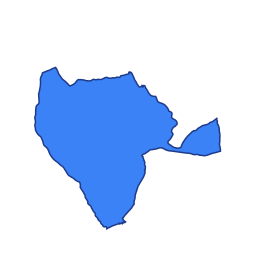 outline of Muheza, Tanga, United Republic of Tanzania, rotated 336°
{"feature_id": "72390352B38576032693201", "entity_name": "Muheza", "entity_type": "district", "adm_level": 2, "iso_a3": "TZA", "parent_name": "United Republic of Tanzania", "parent_adm1": "Tanga", "projection": "albers", "projection_center": [38.789, -5.179], "detail": "fine", "context": "isolated", "style": "filled", "palette": "blue", "viewbox_px": 256, "rotation_deg": 336, "n_neighbors": 0, "source": "geoboundaries", "source_scale": "gbopen_adm2", "svg_char_len": 5734}
<svg xmlns="http://www.w3.org/2000/svg" viewBox="0 0 256 256"><g transform="rotate(336 128 128)"><path d="M87.0,213.0L87.6,212.8L87.0,211.6L86.5,211.4L86.3,209.1L86.2,208.8L86.2,208.2L86.4,208.0L87.1,208.0L89.8,206.4L91.2,205.9L95.0,204.1L96.0,203.8L97.7,202.9L98.3,202.8L99.2,202.2L101.0,200.9L102.6,200.1L103.2,198.6L103.5,198.0L104.3,196.8L105.5,195.4L106.0,194.7L106.4,193.8L107.2,192.5L108.8,190.5L109.5,189.7L110.1,189.3L110.5,188.5L111.3,187.8L113.6,185.1L114.9,184.3L117.7,182.2L119.3,181.2L119.8,180.7L120.4,180.4L122.4,178.9L123.7,177.5L125.0,176.3L125.6,175.4L125.6,174.4L126.5,173.6L126.6,173.3L126.4,172.8L127.2,172.3L127.4,171.9L128.2,170.4L128.2,170.0L128.3,168.0L129.4,166.3L129.3,164.8L129.5,164.4L129.5,164.2L129.3,163.6L129.6,163.0L129.6,162.5L129.8,161.7L129.6,160.9L130.0,160.1L129.4,159.0L129.6,158.8L130.6,158.3L131.4,158.1L132.4,158.3L133.6,158.3L134.9,157.9L136.6,157.7L138.7,157.1L139.7,157.0L141.4,157.6L144.6,158.4L146.1,158.7L148.0,158.8L149.2,159.1L151.0,160.0L154.2,163.9L155.9,165.3L157.2,166.1L158.2,166.6L170.7,174.4L172.3,175.2L173.5,175.9L175.4,177.2L176.2,178.2L178.0,179.5L180.4,180.2L182.4,182.0L183.8,182.7L184.3,183.1L186.3,184.2L186.8,184.6L190.0,185.1L195.5,185.5L197.4,186.0L201.9,186.6L203.0,186.8L203.3,186.1L203.6,185.4L204.1,183.6L204.4,182.7L204.4,182.1L204.9,180.0L205.2,179.7L205.4,179.1L205.7,178.8L206.6,177.1L207.7,174.8L207.9,174.0L208.3,173.4L208.5,173.3L208.7,172.9L209.0,171.9L209.7,170.1L209.9,169.2L209.8,168.8L210.9,166.1L211.4,164.5L211.4,164.0L211.6,162.3L211.6,162.0L211.4,161.8L211.6,161.0L211.5,160.6L211.5,159.7L211.7,159.3L212.1,158.5L212.4,158.3L212.4,156.9L212.6,156.0L213.2,155.3L213.4,154.9L212.6,155.5L210.5,155.9L209.3,156.3L208.7,156.3L208.1,156.5L206.7,156.5L205.1,156.3L203.7,156.9L202.5,157.0L201.7,156.9L200.4,156.7L196.7,156.1L195.5,156.4L194.1,156.6L192.9,156.6L190.7,157.2L189.5,157.9L188.3,157.7L187.8,157.5L187.4,157.6L187.0,157.2L186.1,157.4L185.4,157.4L179.1,159.7L175.8,161.4L172.3,163.6L170.4,165.2L168.7,167.0L167.8,167.2L166.2,167.1L164.9,166.4L164.0,165.9L161.9,164.3L160.9,162.8L160.2,161.4L159.4,160.3L158.8,159.2L158.4,158.2L158.8,157.0L159.7,156.2L161.1,155.8L162.7,155.0L165.9,152.7L166.6,151.9L166.6,150.7L166.2,149.4L166.7,148.2L167.5,147.3L169.8,145.8L171.5,145.7L174.2,144.6L174.6,144.1L174.9,143.3L175.1,141.7L174.4,139.8L173.6,139.0L173.0,138.0L172.3,137.0L172.2,136.0L172.8,134.7L173.8,133.4L174.2,131.9L173.6,130.7L172.2,129.2L172.4,127.5L172.2,125.8L171.6,123.5L171.3,122.5L170.2,120.7L169.2,119.5L167.3,117.8L166.1,116.3L165.9,115.3L166.2,111.0L166.0,110.3L165.3,110.0L164.3,109.7L163.8,109.0L163.1,108.7L162.5,108.0L161.9,107.2L161.2,104.7L160.9,101.3L160.8,100.1L160.4,98.9L160.6,97.5L160.5,96.3L160.0,95.8L159.6,95.8L159.2,95.4L158.8,95.7L158.8,96.2L158.4,96.5L158.1,96.1L158.1,95.8L158.5,95.5L158.3,95.2L158.0,94.9L157.8,95.4L157.8,95.7L157.6,95.9L157.1,95.4L156.9,95.4L156.4,95.5L155.8,95.5L155.4,95.3L155.0,95.0L154.7,94.2L154.2,91.4L154.1,90.4L154.2,89.4L153.9,88.5L153.7,87.4L153.8,84.3L153.8,81.1L153.6,78.7L152.9,78.7L152.7,78.1L152.6,77.6L152.3,77.4L151.5,77.4L151.2,77.8L151.2,78.3L151.0,78.7L150.7,78.9L149.4,78.7L148.5,78.4L147.3,78.2L146.7,78.4L143.0,77.4L142.4,77.5L141.9,78.1L140.7,78.2L140.2,78.0L139.7,77.6L138.4,77.0L137.6,77.2L137.1,76.9L135.5,76.6L134.9,76.2L134.6,75.9L133.3,75.7L131.3,75.0L130.9,74.8L130.4,74.3L130.1,73.9L129.3,73.2L128.9,73.0L128.2,72.8L127.2,72.7L126.6,72.7L126.0,72.8L125.5,72.8L124.2,72.9L123.3,72.7L122.5,72.5L121.8,72.2L121.2,71.7L120.4,71.4L118.8,71.0L117.5,70.5L117.0,69.9L115.9,69.4L114.7,69.5L114.1,69.7L113.5,69.7L111.9,69.3L110.9,68.9L110.5,68.5L109.1,67.8L107.0,66.0L105.3,65.1L104.3,64.5L103.5,64.2L102.9,63.8L102.3,63.6L101.0,63.8L98.2,65.3L97.4,65.6L96.1,65.9L93.2,66.1L91.9,65.7L91.4,64.6L91.1,63.8L91.0,63.3L90.1,60.9L89.7,60.3L89.5,59.6L88.0,56.9L87.5,54.5L87.4,53.8L86.8,51.2L86.7,49.4L86.9,47.5L86.8,46.9L86.8,46.2L86.7,44.9L86.7,44.7L86.9,44.5L86.9,44.3L86.5,44.0L86.1,43.6L86.1,43.4L86.2,43.2L82.6,43.0L81.0,43.3L75.7,42.9L72.1,42.9L71.9,43.3L71.1,44.4L69.7,45.5L68.1,47.3L67.7,48.0L66.7,50.7L65.0,54.0L62.1,58.2L61.2,59.5L60.7,59.9L60.3,60.4L60.0,61.0L59.4,62.6L59.2,63.0L59.1,63.4L58.7,64.7L58.3,65.6L57.6,67.7L57.0,68.7L56.5,69.2L56.0,69.6L53.9,70.3L53.1,70.7L51.2,73.6L49.0,78.3L48.1,79.4L47.5,80.0L47.0,80.7L46.3,83.9L45.6,85.5L44.8,86.5L43.9,87.8L43.2,90.9L42.7,92.0L42.6,92.7L42.8,94.2L42.8,95.3L43.2,97.3L43.7,98.5L44.7,100.4L44.8,101.0L44.8,104.4L44.7,106.0L44.3,108.1L44.3,109.2L44.3,110.0L45.5,112.3L45.8,113.2L46.1,114.3L46.2,117.0L46.0,118.4L46.1,119.4L46.1,120.9L46.7,124.1L47.1,125.6L48.1,128.0L49.7,130.8L51.4,134.7L52.3,136.1L53.0,137.6L53.3,139.1L53.4,140.7L53.7,141.7L53.8,143.8L54.1,144.9L54.1,145.6L54.3,146.4L54.8,147.6L55.9,149.2L56.2,149.8L57.3,151.1L58.0,152.3L58.6,153.9L59.1,154.6L59.5,155.3L60.3,156.3L61.4,157.4L61.7,157.7L61.7,159.7L61.5,160.0L60.9,161.7L60.2,162.8L60.4,164.5L61.2,169.4L61.2,170.0L61.1,170.5L61.4,171.8L61.4,172.2L61.1,173.0L60.9,173.5L60.7,174.3L61.2,177.0L61.3,177.9L61.3,178.7L60.7,180.4L60.8,181.4L61.0,181.8L62.0,183.7L62.2,184.2L62.3,184.9L62.1,186.1L62.3,187.3L62.5,190.1L63.3,192.5L63.1,193.2L62.6,194.4L62.6,195.5L63.2,196.6L63.4,197.8L63.6,198.8L63.4,199.4L63.6,200.4L64.7,202.6L64.5,203.2L64.5,204.1L64.6,204.7L64.8,205.1L65.0,205.6L65.3,206.1L65.3,207.6L65.8,208.4L66.4,208.8L67.7,209.1L68.1,209.4L68.1,210.2L67.8,211.3L68.0,211.2L68.4,211.4L69.1,211.2L70.6,211.3L73.8,211.1L79.6,211.5L80.5,211.8L81.2,211.4L81.2,212.2L81.5,212.3L82.4,212.2L83.0,212.5L83.6,212.7L84.1,212.9L84.1,213.1L84.4,213.0L84.5,212.6L84.5,212.3L84.1,212.1L84.7,212.0L85.0,212.3L85.1,212.8L85.3,212.8L85.5,212.8L86.4,212.9L86.4,212.7L86.5,212.3L86.8,212.7L87.0,213.0Z" fill="#3b82f6" stroke="#1e3a8a" stroke-width="1.5"/></g></svg>